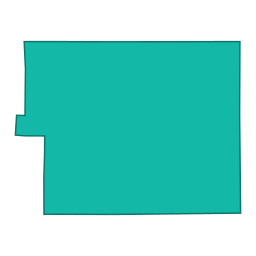 El Paso, Colorado, United States of America
{"feature_id": "52423323B48011396313481", "entity_name": "El Paso", "entity_type": "district", "adm_level": 2, "iso_a3": "USA", "parent_name": "United States of America", "parent_adm1": "Colorado", "projection": "albers", "projection_center": [-104.738, 38.825], "detail": "fine", "context": "isolated", "style": "filled", "palette": "teal", "viewbox_px": 256, "rotation_deg": 0, "n_neighbors": 0, "source": "geoboundaries", "source_scale": "gbopen_adm2", "svg_char_len": 364}
<svg xmlns="http://www.w3.org/2000/svg" viewBox="0 0 256 256"><path d="M240.6,213.1L239.6,115.0L239.9,41.6L130.0,41.8L105.6,41.8L54.6,41.6L24.2,41.6L25.5,69.9L25.4,72.8L25.0,115.5L16.6,115.3L15.4,135.1L24.5,135.8L44.7,135.9L44.6,152.9L43.9,177.5L44.0,214.4L45.9,214.2L112.9,214.4L127.0,214.3L240.6,213.1Z" fill="#14b8a6" stroke="#0f766e" stroke-width="1.5"/></svg>